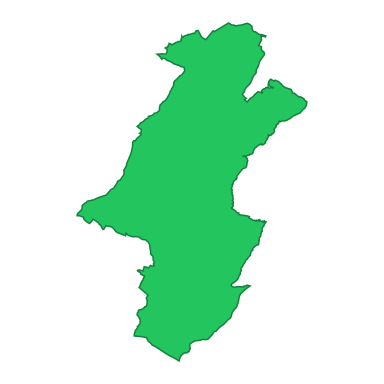 the district of Danicei, Vâlcea, Romania
{"feature_id": "2599482B8342950914152", "entity_name": "Danicei", "entity_type": "district", "adm_level": 2, "iso_a3": "ROU", "parent_name": "Romania", "parent_adm1": "Vâlcea", "projection": "robinson", "projection_center": [24.445, 44.911], "detail": "fine", "context": "isolated", "style": "filled", "palette": "green", "viewbox_px": 384, "rotation_deg": 0, "n_neighbors": 0, "source": "geoboundaries", "source_scale": "gbopen_adm2", "svg_char_len": 5959}
<svg xmlns="http://www.w3.org/2000/svg" viewBox="0 0 384 384"><path d="M179.1,361.0L180.1,357.2L182.0,354.7L184.2,353.0L187.3,352.7L189.2,351.1L189.3,350.0L190.2,349.0L189.8,345.7L190.1,343.8L194.7,340.9L199.6,340.4L203.0,339.3L205.1,339.7L208.1,339.1L212.2,334.7L213.8,332.1L215.1,331.3L216.1,331.2L219.1,327.7L223.9,324.2L228.4,319.4L230.2,318.4L231.0,317.0L232.1,312.9L233.4,310.7L236.1,307.6L237.0,306.0L238.0,303.0L238.9,299.3L239.1,297.2L240.4,294.0L245.9,288.9L250.1,285.9L246.9,285.1L245.7,285.9L243.8,286.2L243.7,286.9L237.3,286.6L234.0,287.4L231.6,286.0L231.2,285.1L231.9,283.8L235.7,281.3L237.9,278.9L239.2,275.7L240.3,274.0L240.4,272.1L241.3,270.6L240.9,268.8L243.1,265.4L243.3,264.5L245.0,262.4L245.3,261.2L246.0,260.1L247.2,259.2L247.5,258.4L250.4,255.1L250.8,252.4L251.8,250.8L253.0,249.9L252.5,249.0L252.6,248.5L256.3,245.4L258.5,244.5L258.9,242.7L258.9,241.1L259.3,240.3L259.1,238.3L260.7,236.1L260.9,234.0L261.6,232.0L262.3,231.3L262.0,229.9L262.4,227.6L263.9,225.9L264.6,223.8L266.1,221.8L265.5,221.5L263.9,221.9L264.1,221.0L263.3,221.4L262.6,221.2L262.6,221.7L260.8,221.3L260.2,221.0L260.1,220.2L259.3,220.4L259.1,219.6L258.2,220.0L257.9,220.8L256.3,220.2L255.9,221.2L254.5,220.3L253.2,220.3L248.7,217.5L249.3,216.5L247.1,215.9L239.3,214.7L238.6,214.0L238.8,213.0L237.0,212.7L235.6,211.0L233.3,209.2L231.8,208.7L231.6,208.0L231.6,207.7L232.4,207.4L232.5,206.6L233.4,205.9L232.3,203.7L233.3,203.5L233.5,202.9L233.2,201.7L232.8,201.3L232.9,200.8L232.4,200.4L233.1,199.4L232.8,195.9L232.5,195.6L232.8,195.1L232.1,194.4L232.2,192.6L231.8,191.8L232.2,190.6L232.1,189.8L231.3,189.0L231.8,188.2L231.8,187.1L232.5,186.1L232.0,184.9L233.1,184.1L233.4,181.8L234.8,180.2L236.4,179.4L236.4,178.7L237.0,177.9L236.6,177.1L237.0,176.0L238.7,173.6L242.7,168.8L245.7,167.7L246.7,165.8L247.3,161.6L247.8,160.5L247.3,159.5L247.2,158.5L246.5,157.5L243.5,156.1L244.5,155.9L246.3,156.2L247.9,155.2L249.7,155.0L249.7,154.3L252.1,153.9L252.9,153.0L254.2,149.0L257.4,146.1L259.7,144.5L260.6,144.6L261.1,144.0L262.0,144.4L262.1,144.9L263.1,144.8L265.5,142.9L265.5,141.4L267.5,139.0L267.2,138.5L268.6,136.5L268.6,135.7L267.9,134.4L269.4,135.4L270.4,135.4L271.7,134.8L271.8,134.1L272.7,133.8L273.4,133.2L274.5,131.2L274.2,130.2L274.4,128.6L275.8,127.3L276.2,126.2L276.1,125.4L276.4,124.5L277.5,124.5L278.6,123.4L278.8,122.0L279.3,121.2L280.2,121.8L282.4,120.8L284.3,121.0L286.5,120.4L290.3,118.4L292.9,116.2L300.3,112.8L302.9,109.7L304.8,108.3L306.4,105.2L306.9,101.8L304.7,100.3L303.7,98.6L300.3,96.7L299.1,97.1L294.1,93.1L292.9,93.4L291.1,89.4L285.1,87.5L282.7,85.9L281.3,84.0L278.5,81.6L275.2,80.2L273.8,81.0L270.8,79.2L269.7,80.1L269.0,81.3L268.3,83.5L268.7,83.8L268.2,84.7L268.8,84.9L268.3,86.1L269.3,85.9L273.2,87.6L273.0,88.0L271.0,87.5L269.4,88.1L266.7,87.4L265.8,87.6L264.9,88.7L263.2,89.1L261.7,90.6L261.5,91.4L262.6,92.7L262.1,93.0L258.1,91.6L254.9,94.4L253.0,96.7L250.4,98.3L247.0,102.1L244.7,99.6L246.2,98.4L245.0,97.6L242.5,94.6L242.9,93.4L244.5,91.8L244.3,90.9L245.7,88.2L250.4,83.3L253.6,75.8L256.1,73.0L256.4,69.2L258.1,66.8L259.7,61.3L264.4,54.6L264.4,52.7L261.4,49.9L261.4,46.7L258.5,45.6L261.5,40.1L261.0,35.8L265.5,36.9L265.9,35.9L261.4,34.6L259.0,34.4L255.3,31.7L254.0,31.6L252.8,30.7L252.6,29.9L252.1,29.1L252.0,26.4L250.0,24.5L247.2,23.3L241.3,25.0L235.5,25.8L233.7,25.0L232.1,25.1L228.5,23.0L214.3,31.6L213.1,30.7L205.8,39.7L204.4,38.6L203.7,38.7L201.6,37.0L198.1,30.5L196.2,30.7L194.4,33.4L193.1,33.3L188.8,34.7L188.2,34.3L187.5,35.3L185.8,35.4L183.4,36.6L183.1,37.2L182.6,37.3L181.9,36.3L182.0,37.3L181.0,39.1L181.4,40.1L180.1,41.5L178.2,41.5L176.1,42.7L175.5,42.6L172.4,44.6L171.3,44.7L171.4,44.3L169.2,43.3L169.1,44.2L168.2,45.3L167.8,47.0L166.0,47.4L165.2,48.0L167.4,49.5L166.8,52.4L165.9,54.0L164.2,54.2L162.9,53.8L157.1,54.2L159.8,56.5L161.9,59.3L162.4,58.3L165.1,58.6L167.0,60.4L171.0,61.8L174.1,64.0L175.7,64.3L177.8,65.3L178.7,65.1L180.8,66.7L183.7,67.1L184.1,67.5L184.7,71.0L181.7,74.9L179.9,75.7L177.3,78.7L174.4,81.2L173.8,82.6L173.4,86.0L171.6,88.7L171.5,89.7L170.3,91.0L169.7,93.4L166.9,98.4L164.9,100.8L163.1,101.7L161.7,103.6L160.2,104.8L159.3,108.3L159.6,109.0L159.2,110.7L156.4,112.9L154.3,113.2L153.5,114.3L152.1,115.4L148.4,116.4L148.7,117.3L148.5,117.7L145.1,119.6L143.3,121.5L140.3,123.1L139.4,124.7L137.1,126.4L139.3,128.3L141.4,129.6L141.1,131.1L141.3,132.0L140.5,133.0L139.7,133.3L140.9,134.1L141.0,134.9L136.8,138.5L135.4,140.9L133.7,140.8L133.2,141.3L132.7,142.6L132.5,146.9L131.2,152.8L126.6,163.9L126.3,165.9L123.7,170.4L124.1,172.4L124.1,174.3L121.0,178.8L120.8,179.6L117.5,181.3L117.1,182.9L113.8,188.0L110.7,189.8L106.1,195.1L98.0,197.7L93.7,199.8L87.3,201.2L85.9,202.7L82.8,204.8L82.1,205.9L82.1,208.1L81.7,209.5L79.1,212.3L77.5,213.6L77.1,215.7L80.0,215.9L83.6,217.3L83.5,218.1L84.2,219.7L87.0,222.0L89.6,223.5L91.9,221.1L93.1,219.1L98.5,222.8L99.2,224.3L101.1,225.7L101.5,227.2L103.0,229.5L103.9,229.2L105.6,226.0L107.7,226.1L111.6,226.9L113.8,228.7L115.6,231.3L117.4,232.6L125.6,235.7L126.0,233.3L128.5,235.5L132.1,236.6L133.7,236.9L134.9,236.6L138.4,236.8L142.4,239.5L145.6,239.8L146.5,240.8L147.8,241.6L149.1,243.4L149.7,244.9L149.9,248.0L150.7,251.7L150.6,254.0L153.0,256.6L153.2,260.2L154.2,261.7L154.1,262.6L153.3,264.1L154.1,265.9L152.2,266.2L150.4,265.4L149.3,267.1L148.2,267.8L145.9,266.9L145.0,267.1L144.2,266.7L143.1,270.8L141.0,270.5L139.8,269.9L139.0,270.1L138.0,270.0L137.5,270.5L137.7,271.0L140.7,272.9L140.6,274.0L144.5,276.2L142.4,281.0L142.2,280.9L140.6,283.8L141.0,283.9L139.1,287.5L148.0,295.1L146.3,297.8L147.2,301.0L147.1,303.6L146.5,306.0L144.5,307.0L144.0,307.9L142.6,308.9L141.5,309.5L138.8,310.0L138.2,311.0L138.2,311.9L137.5,312.8L137.1,313.9L137.3,315.4L138.3,316.1L140.3,320.2L140.0,321.5L140.3,322.9L139.9,323.9L139.2,324.5L138.7,325.6L138.1,326.3L137.4,326.4L137.5,327.9L135.3,330.6L134.2,334.8L134.2,336.0L141.5,336.6L146.5,337.6L148.3,341.2L151.3,343.8L152.2,345.1L155.6,346.7L168.4,355.1L175.1,358.5L179.1,361.0Z" fill="#22c55e" stroke="#15803d" stroke-width="1.5"/></svg>